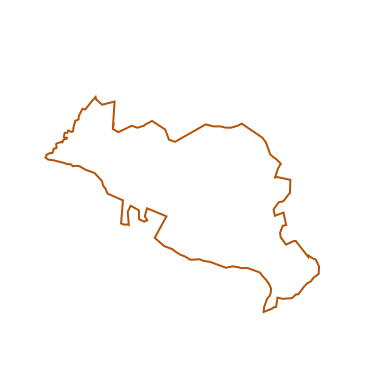 Mikang, Plateau, Nigeria, rotated 23°
{"feature_id": "59680162B72495617993590", "entity_name": "Mikang", "entity_type": "district", "adm_level": 2, "iso_a3": "NGA", "parent_name": "Nigeria", "parent_adm1": "Plateau", "projection": "orthographic", "projection_center": [9.594, 9.02], "detail": "fine", "context": "isolated", "style": "outline", "palette": "amber", "viewbox_px": 384, "rotation_deg": 23, "n_neighbors": 0, "source": "geoboundaries", "source_scale": "gbopen_adm2", "svg_char_len": 2222}
<svg xmlns="http://www.w3.org/2000/svg" viewBox="0 0 384 384"><g transform="rotate(23 192 192)"><path d="M304.8,274.4L311.1,268.3L312.5,266.0L314.3,264.9L312.0,255.8L317.7,254.8L321.7,252.5L324.6,251.2L326.0,249.8L327.7,245.6L329.8,244.7L332.2,234.9L333.1,232.9L333.9,230.7L336.3,228.0L337.3,223.6L337.4,223.4L340.6,217.9L338.1,211.0L332.4,205.9L328.8,205.9L324.0,205.0L324.4,206.4L306.6,196.5L304.8,197.4L299.1,203.7L291.2,198.9L289.0,195.0L288.7,187.7L291.6,185.6L288.5,181.3L284.3,175.2L277.6,181.5L273.9,176.3L275.8,167.6L279.7,164.8L282.2,155.1L282.6,154.8L277.8,142.4L264.7,144.9L262.7,146.2L262.0,136.5L262.7,131.3L256.6,128.8L253.2,128.1L249.4,126.9L240.8,117.6L235.5,114.5L211.4,109.7L211.1,109.6L208.0,113.3L202.9,117.5L198.0,119.6L192.6,120.5L186.2,123.2L178.2,124.4L156.8,152.4L150.4,152.9L143.0,145.0L127.5,142.2L122.6,148.1L122.3,149.4L116.6,154.2L110.7,154.5L100.8,165.7L94.7,165.0L93.6,161.3L93.4,161.9L85.4,139.0L75.1,146.8L67.6,144.2L66.1,142.2L64.4,147.3L62.6,153.7L61.5,157.8L58.7,158.2L58.2,164.7L58.2,166.6L59.2,169.5L56.7,172.2L57.2,175.3L57.6,178.5L58.8,182.5L57.9,183.7L54.0,183.8L54.1,186.2L51.7,187.3L52.6,191.7L53.7,192.2L55.0,191.0L55.9,191.2L55.7,192.0L54.3,192.8L52.9,195.2L53.4,196.3L53.1,197.2L51.8,197.3L48.5,200.2L48.2,201.1L50.0,203.9L49.8,204.9L47.9,205.9L47.7,207.0L48.6,209.2L47.7,211.2L46.6,211.1L43.4,214.7L44.3,217.1L43.9,217.6L46.9,218.4L51.7,217.0L62.5,215.3L66.1,215.1L69.7,213.8L72.2,214.9L74.5,213.5L78.1,212.2L85.4,213.1L90.2,212.8L95.0,212.6L102.5,216.0L104.9,217.1L107.5,220.7L111.2,222.9L115.0,226.5L131.7,226.7L139.0,248.7L142.6,248.5L145.0,247.2L146.7,247.1L140.6,235.3L140.9,228.6L150.3,229.6L153.8,237.7L159.6,238.0L161.8,235.5L158.0,232.8L157.0,224.6L162.3,224.5L162.6,224.5L178.0,224.4L175.6,248.7L187.6,252.7L191.2,252.5L196.1,252.3L199.7,253.3L205.8,254.3L210.7,254.1L216.8,255.0L222.7,252.3L225.0,251.0L229.9,250.8L235.8,249.3L244.3,248.9L244.5,248.9L250.3,248.6L252.7,248.5L258.6,244.5L264.6,243.0L267.0,242.9L272.9,240.2L276.6,240.1L281.4,239.8L286.2,239.6L290.0,241.9L294.9,244.1L298.6,246.4L299.9,247.6L302.4,249.9L303.8,253.5L304.0,257.2L302.9,260.9L303.0,263.4L303.3,269.5L304.0,271.9L304.8,274.4Z" fill="none" stroke="#b45309" stroke-width="2"/></g></svg>